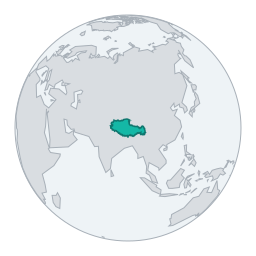 Xizang on an orthographic globe
{"feature_id": "CHN-1662", "entity_name": "Xizang", "entity_type": "Autonomous Region", "adm_level": 1, "iso_a3": "CHN", "parent_name": "China", "parent_adm1": "", "projection": "orthographic", "projection_center": [89.0, 31.884], "detail": "fine", "context": "on_globe", "style": "filled", "palette": "teal", "viewbox_px": 256, "rotation_deg": 0, "n_neighbors": 0, "source": "natural_earth", "source_scale": "10m", "svg_char_len": 15394}
<svg xmlns="http://www.w3.org/2000/svg" viewBox="0 0 256 256"><circle cx="128" cy="128" r="113" fill="#eef3f6" stroke="#a8b0b8"/><path d="M170.1,23.5L168.6,23.8L173.5,28.3L178.4,31.0L174.7,29.7L186.2,35.9L191.0,40.6L183.5,34.7L181.1,33.6L183.4,36.2L181.4,35.7L181.4,36.8L178.9,36.2L174.7,33.1L173.0,32.7L174.7,34.6L173.2,35.4L171.0,32.6L168.3,33.7L160.8,29.5L156.9,23.8L150.7,22.0L141.3,17.9L140.1,18.2L135.8,17.3L132.8,17.4L131.9,16.9L130.3,17.4L131.7,17.9L131.4,18.4L129.8,18.6L128.3,17.9L129.0,17.7L127.7,17.6L127.7,17.2L126.8,17.5L125.2,16.8L124.3,17.8L121.0,17.6L120.7,17.1L123.9,16.7L131.1,15.5L131.7,15.4L130.6,15.4L138.7,15.9L146.7,16.9L154.7,18.6L162.5,20.8L170.1,23.5ZM113.5,16.3L115.4,16.1L114.6,16.3L116.3,16.4L112.6,16.9L108.1,17.5L106.5,17.5L104.5,17.9L103.2,18.5L97.5,19.6L89.1,22.3L88.6,22.5L96.7,19.8L105.1,17.7L113.5,16.3ZM172.7,24.8L171.1,24.1L172.6,24.6L173.0,24.8L172.7,24.8ZM182.3,33.2L180.9,31.9L182.9,33.3L182.3,33.2ZM181.8,37.1L182.9,37.7L182.4,38.1L181.8,37.1ZM118.2,16.1L117.3,16.2L117.5,16.1L118.2,16.1ZM119.9,16.1L120.7,15.9L121.6,15.9L121.1,16.0L119.9,16.1ZM178.2,37.4L177.1,38.0L177.5,36.9L178.2,37.4ZM118.6,16.4L123.1,15.9L124.7,15.9L123.9,16.5L118.6,16.4ZM176.0,37.9L173.6,39.6L175.6,40.9L168.4,38.4L172.9,37.6L173.0,36.0L174.3,37.4L176.0,37.9ZM132.8,18.0L131.3,17.5L134.1,17.8L132.8,18.0ZM134.7,18.1L143.6,18.8L145.1,19.9L141.8,19.3L144.9,20.7L141.3,20.8L138.7,20.1L138.5,19.3L137.2,20.0L134.7,18.1ZM164.8,36.8L163.6,36.9L164.1,36.3L164.8,36.8ZM131.5,18.6L133.2,18.6L134.6,19.4L131.5,19.6L132.0,19.3L131.5,18.6ZM147.6,21.1L148.1,21.9L145.2,22.2L145.0,22.6L141.3,20.9L147.6,21.1ZM130.9,19.2L129.9,19.8L127.7,19.6L130.0,18.7L130.9,19.2ZM136.3,19.6L136.8,20.0L135.5,19.8L136.3,19.6ZM119.5,19.6L121.5,19.4L122.4,19.8L119.5,19.6ZM129.6,20.0L130.4,20.1L131.0,20.3L129.9,20.6L129.6,20.0ZM139.5,21.3L138.2,21.3L140.9,22.0L138.9,22.3L136.8,21.2L136.8,21.9L136.2,22.0L135.2,21.0L139.5,21.3ZM130.5,21.6L127.1,20.6L123.2,20.8L122.3,20.5L128.7,20.1L130.5,21.6ZM133.3,21.3L131.4,21.4L131.2,20.7L132.5,20.3L133.3,21.3ZM138.3,23.1L141.9,22.7L142.3,23.0L138.3,23.1ZM129.4,21.8L130.2,22.0L129.1,21.8L129.4,21.8ZM135.6,22.7L136.8,22.6L137.2,22.9L135.6,22.7ZM130.9,22.8L129.8,22.4L130.6,22.1L130.9,22.8ZM133.1,22.8L133.2,23.3L131.6,22.2L133.6,22.7L133.1,22.8ZM135.7,23.1L136.3,23.2L135.1,23.1L135.7,23.1ZM128.4,24.4L126.1,23.0L127.9,22.2L129.9,23.6L128.4,24.4ZM27.9,76.3L36.9,68.0L35.9,71.9L40.0,78.6L39.9,80.5L36.2,84.5L36.6,97.4L40.6,95.3L44.2,104.4L48.7,107.9L56.0,99.7L48.7,93.8L50.6,88.2L59.0,89.0L65.9,94.7L66.9,92.7L65.2,85.7L69.5,83.8L65.0,83.0L64.8,85.7L61.9,85.5L61.9,83.0L63.5,82.4L62.2,80.0L55.2,84.3L54.3,87.5L49.2,84.4L47.2,89.5L44.9,90.3L47.4,82.0L49.3,79.9L51.8,69.7L49.4,71.5L46.9,81.5L46.4,79.9L43.1,82.9L45.3,79.3L48.7,68.4L45.9,65.8L37.7,69.9L37.1,68.2L38.7,64.1L46.5,56.4L47.0,61.2L49.8,59.0L53.8,53.7L53.6,55.8L55.3,54.3L55.8,56.2L60.7,55.1L61.9,56.7L67.7,53.0L69.1,53.5L65.3,55.4L63.2,57.8L66.7,62.4L68.5,62.3L72.0,59.7L72.5,61.5L75.4,58.4L79.3,60.1L77.0,55.6L81.1,52.9L85.5,52.4L86.5,50.8L79.2,51.8L76.7,52.9L75.1,55.1L67.9,58.2L65.9,57.5L71.9,51.6L69.7,50.0L75.4,46.5L91.5,45.3L96.3,46.8L95.9,54.9L92.6,56.0L91.0,53.5L88.9,58.3L90.8,56.7L91.2,58.3L95.2,56.5L95.7,57.6L98.6,54.2L99.7,55.4L97.8,57.5L104.5,56.3L107.8,58.4L109.0,57.6L109.5,56.2L113.3,60.1L114.1,59.3L113.1,57.8L114.1,55.4L117.3,52.9L118.4,54.4L117.4,55.5L117.0,60.2L114.2,63.2L115.0,63.5L117.7,61.3L118.2,55.5L119.8,53.6L120.0,56.2L120.1,55.1L121.2,54.7L123.4,55.6L123.3,52.8L134.4,46.8L139.7,48.4L138.7,51.2L147.6,49.5L152.9,52.2L152.1,50.6L155.7,49.2L154.1,48.3L154.0,47.5L162.7,44.3L165.6,44.9L168.4,42.4L167.9,41.7L165.9,41.1L168.4,38.4L175.6,40.9L176.3,42.3L180.4,43.2L181.3,46.4L183.9,49.8L182.5,53.2L184.7,55.8L186.0,55.9L190.0,59.7L193.6,67.8L184.8,60.8L178.3,50.0L180.4,54.2L178.2,53.2L177.8,54.8L179.5,57.9L180.8,58.3L174.4,64.3L174.9,73.7L179.1,72.4L182.6,74.6L186.9,85.7L181.9,102.6L186.5,107.0L187.4,110.3L184.6,112.9L183.3,108.1L179.7,107.0L179.4,104.1L174.5,107.2L173.9,103.2L170.4,107.8L172.6,110.8L177.2,109.3L174.4,115.5L180.1,120.3L181.6,126.9L175.0,139.9L166.9,144.5L166.6,146.7L163.0,144.7L158.8,149.3L166.1,160.1L166.1,163.3L159.0,170.2L158.7,167.8L149.1,162.6L147.7,170.4L155.1,176.3L157.6,183.2L152.1,181.4L149.5,175.2L146.1,173.2L146.7,166.5L143.3,156.5L137.8,158.5L137.9,154.4L132.4,145.8L124.3,148.3L111.7,158.4L110.4,168.6L105.8,172.5L99.1,156.8L98.4,146.3L94.6,146.6L88.9,136.5L74.8,132.1L74.1,129.0L71.2,129.4L67.4,125.0L66.9,120.0L64.0,119.1L65.8,132.4L69.0,133.4L73.6,130.4L73.3,134.7L77.2,139.7L68.3,146.9L49.6,147.8L50.0,139.7L47.2,113.6L48.5,111.6L48.6,111.3L48.7,110.8L46.2,113.8L46.5,108.8L45.6,126.0L44.4,132.6L49.3,148.1L48.3,148.8L50.5,152.5L60.3,154.0L59.9,156.4L53.9,165.6L42.3,174.1L45.1,184.6L46.4,192.1L42.0,193.1L45.3,199.4L43.5,199.2L45.3,202.2L45.4,203.7L44.6,203.6L43.3,202.3L36.9,194.3L31.3,185.8L26.5,176.8L22.7,167.9L21.4,162.6L20.0,156.7L17.0,140.0L17.5,134.0L17.3,129.8L16.5,128.0L16.5,123.0L16.3,121.4L16.0,116.3L17.2,108.0L18.9,99.8L21.4,91.8L24.3,83.9L27.9,76.3ZM30.2,74.9L29.1,76.6L30.2,74.9ZM70.9,105.9L76.4,109.0L77.8,101.8L80.1,102.5L79.7,99.9L77.9,101.2L77.6,94.5L81.4,94.0L82.8,91.2L81.0,90.0L74.0,92.2L74.4,101.7L71.4,103.5L70.9,105.9ZM64.0,45.6L62.9,47.3L60.7,48.3L59.2,47.1L62.4,45.4L64.0,45.6ZM61.8,49.4L68.2,44.4L69.4,45.2L67.7,45.6L67.8,46.6L65.0,47.5L59.9,53.6L57.6,55.0L56.1,51.4L57.8,51.7L58.8,49.9L61.8,49.4ZM82.5,32.6L85.3,31.2L84.3,34.8L81.8,35.8L80.1,34.4L82.1,32.4L82.5,32.6ZM116.2,17.7L117.4,17.4L117.8,17.5L117.1,17.9L116.2,17.7ZM120.4,19.5L111.7,19.3L112.6,18.9L106.4,19.6L106.3,18.9L110.3,18.4L105.6,18.6L109.2,17.9L105.7,18.2L114.6,17.1L117.6,16.7L114.3,17.4L114.3,18.0L115.2,18.1L120.0,18.3L126.5,18.0L127.5,18.8L126.6,19.4L125.2,19.6L124.9,19.0L123.2,19.7L121.8,19.0L120.4,19.5ZM114.6,30.6L114.9,29.1L111.3,31.7L109.8,30.4L109.5,30.8L107.2,30.5L103.8,30.8L103.6,30.1L102.4,30.5L100.8,30.4L99.1,30.8L98.1,29.8L95.9,30.3L96.7,29.6L93.1,30.8L95.4,29.5L93.6,29.4L92.3,30.7L91.5,25.5L89.5,24.8L86.5,25.1L90.8,23.2L96.3,21.9L101.7,21.4L103.1,22.6L104.8,21.6L105.9,22.0L104.1,22.6L107.6,21.9L108.1,22.4L112.9,22.8L117.6,21.9L119.5,22.2L117.9,22.8L120.9,22.7L119.1,24.1L120.5,24.4L120.0,26.2L116.2,27.4L117.9,27.7L117.7,29.3L114.6,30.6ZM128.2,24.9L123.9,26.4L121.0,26.5L122.9,23.3L122.0,22.9L123.1,21.1L127.3,21.1L126.6,21.6L126.9,22.0L125.4,21.8L126.8,22.3L125.9,23.1L126.6,23.7L125.0,23.9L128.2,24.9ZM41.9,79.9L42.2,81.0L43.2,82.1L41.1,84.2L41.9,79.9ZM44.0,72.5L44.6,72.9L42.2,76.1L41.9,75.1L44.0,72.5ZM47.0,70.6L44.8,72.7L45.8,71.0L47.0,70.6ZM66.0,55.8L66.9,56.3L66.2,57.0L64.8,57.6L66.0,55.8ZM103.6,39.1L104.2,38.0L105.0,38.0L108.2,36.0L109.5,37.0L108.1,38.5L103.6,39.1ZM53.6,100.3L51.1,101.1L50.9,99.7L51.8,99.7L53.6,100.3ZM44.9,92.4L45.9,95.4L44.3,92.9L44.9,92.4ZM105.5,39.8L106.7,38.9L106.6,39.9L105.5,39.8ZM110.6,37.6L110.9,38.7L110.0,36.9L110.6,37.6ZM102.5,236.7L104.6,237.4L102.8,237.1L102.5,236.7ZM60.3,198.0L59.8,208.5L55.9,206.6L53.2,202.4L52.1,195.4L56.1,195.4L57.5,192.7L60.3,198.0ZM183.5,194.7L186.4,194.4L186.3,194.8L183.5,194.7ZM180.5,194.0L183.9,193.3L179.8,195.0L180.5,194.0ZM185.2,193.1L188.7,191.4L190.2,190.4L189.9,191.3L185.2,193.1ZM178.1,194.5L164.8,196.6L159.5,196.1L160.9,194.4L169.5,193.7L178.1,194.5ZM160.4,194.4L152.2,190.7L140.3,177.7L144.6,177.9L156.8,185.3L156.1,186.8L161.1,189.9L160.4,194.4ZM180.1,183.2L179.3,187.5L172.1,188.4L168.7,188.3L166.4,183.2L167.7,180.3L170.5,180.0L180.7,168.5L184.4,170.2L181.3,174.9L184.3,178.0L180.1,183.2ZM110.9,169.6L113.7,175.8L111.1,176.6L110.9,169.6ZM184.5,160.8L180.6,166.0L184.1,159.4L184.5,160.8ZM186.3,154.8L186.8,157.0L184.9,155.2L186.3,154.8ZM166.8,149.9L163.9,150.8L163.7,149.1L167.3,147.1L166.8,149.9ZM182.7,132.5L183.3,137.4L183.0,139.1L181.3,136.5L182.7,132.5ZM118.5,48.3L112.5,49.8L109.1,51.9L108.6,54.5L106.8,51.6L112.1,48.4L118.5,48.3ZM132.3,46.7L132.7,44.7L134.2,45.4L134.3,45.9L132.3,46.7ZM131.3,45.7L128.7,43.7L130.1,42.5L131.9,44.2L131.3,45.7ZM116.9,41.2L115.1,41.5L115.2,40.6L116.9,41.2ZM197.8,216.4L198.6,215.8L199.9,214.7L197.8,216.4ZM192.7,215.5L172.7,225.5L168.9,226.0L171.0,223.9L169.7,218.8L171.0,218.6L171.6,214.5L184.0,207.8L193.2,197.8L198.8,196.3L203.9,188.9L209.3,187.0L206.9,192.3L211.6,192.6L217.0,180.5L217.7,189.4L219.7,190.5L217.7,195.6L206.2,209.0L201.6,213.2L199.6,214.8L197.6,216.0L198.4,214.1L196.2,215.8L199.2,212.8L195.6,216.0L195.4,214.8L192.7,215.5ZM229.9,176.0L230.2,175.3L230.4,174.9L230.4,175.0L229.9,176.0ZM234.1,165.9L234.0,166.1L233.8,166.7L234.1,165.9ZM234.0,165.9L234.5,164.5L234.2,165.6L234.0,165.9ZM233.6,163.3L234.0,162.4L234.0,162.7L233.6,163.3ZM190.7,193.3L195.0,189.1L197.1,188.1L190.7,193.3ZM233.5,162.7L232.8,163.5L232.9,162.8L233.5,162.7ZM233.7,161.2L233.7,160.4L233.9,161.9L233.7,161.2ZM232.6,161.0L233.3,161.4L232.4,161.3L232.6,161.0ZM232.0,161.8L231.3,161.9L231.4,161.6L232.0,161.8ZM222.8,170.5L225.5,173.3L223.0,175.1L220.3,173.9L217.5,178.3L211.6,180.9L213.2,178.4L212.5,175.9L206.0,177.6L204.7,176.2L207.2,174.0L202.7,174.1L207.6,171.4L209.5,174.5L212.2,170.3L216.7,168.9L220.7,168.0L223.7,168.9L222.8,170.5ZM207.3,180.0L208.2,179.6L207.4,181.1L207.3,180.0ZM230.1,161.1L231.0,162.0L230.9,162.6L230.4,162.8L230.1,161.1ZM224.4,167.8L227.7,162.3L228.4,161.8L226.1,167.0L224.4,167.8ZM227.0,160.8L228.4,160.2L229.0,161.4L228.7,162.1L227.0,160.8ZM197.2,180.0L197.0,181.2L195.7,180.8L197.2,180.0ZM199.0,178.8L203.0,178.7L198.6,179.9L199.0,178.8ZM186.3,178.5L187.6,180.8L191.5,178.2L188.5,181.3L191.1,184.9L190.1,186.7L187.6,182.8L186.5,187.7L184.7,188.1L183.9,184.3L185.7,178.8L187.5,176.3L194.6,173.6L186.3,178.5ZM199.0,175.7L198.0,172.9L198.7,170.6L199.9,171.9L199.0,175.7ZM194.5,166.4L191.4,163.5L188.7,165.6L193.9,159.0L196.1,162.8L194.5,166.4ZM191.5,158.9L189.1,160.8L191.5,157.1L191.5,158.9ZM188.3,159.7L187.8,157.2L189.9,157.0L188.3,159.7ZM192.9,158.7L193.0,154.1L194.2,156.4L192.9,158.7ZM186.4,151.5L191.2,154.8L185.4,154.3L184.2,145.6L186.6,144.9L186.4,151.5ZM193.9,112.3L192.7,109.9L194.6,108.7L194.9,110.7L193.9,112.3ZM199.8,103.4L194.8,107.7L190.6,111.4L192.3,112.1L192.2,116.8L189.0,113.4L191.3,107.6L194.7,105.6L194.3,101.9L196.2,98.6L194.4,94.3L194.9,92.0L197.6,95.4L199.8,103.4ZM193.4,92.6L191.0,84.8L195.0,84.7L196.4,86.3L195.9,89.9L193.8,89.7L193.4,92.6ZM191.5,83.0L189.5,82.8L181.5,72.9L180.9,70.8L189.0,77.9L187.5,78.2L188.8,80.8L191.5,83.0ZM164.5,37.6L163.7,37.0L165.0,37.3L164.5,37.6ZM153.0,47.1L153.0,46.1L154.5,46.4L153.0,47.1ZM153.9,43.5L152.2,43.8L153.5,42.8L153.9,43.5ZM148.5,44.8L151.3,43.7L149.3,45.6L148.5,44.8Z" fill="#d9dde1" stroke="#a8b0b8" stroke-width="1"/><path d="M111.8,124.5L111.4,124.1L111.3,123.9L111.4,123.6L111.3,123.1L111.4,122.9L111.8,122.7L111.8,122.4L112.2,122.3L112.4,122.3L112.6,122.2L113.0,122.4L113.4,121.9L113.4,121.4L113.6,121.3L113.6,121.1L113.9,120.8L114.1,120.5L114.1,120.3L114.4,120.5L115.0,120.7L115.2,120.8L115.3,120.8L115.3,120.7L115.5,120.8L115.9,120.8L116.2,121.0L116.8,120.9L116.9,120.7L117.3,120.5L117.3,120.3L117.5,120.2L118.0,120.3L118.2,120.2L118.4,120.3L118.4,120.6L118.6,120.8L118.8,120.8L119.4,121.0L119.8,120.9L120.0,120.9L120.3,121.0L120.9,120.6L121.3,120.6L121.5,120.4L121.9,120.3L122.1,120.3L122.3,120.3L122.5,120.4L122.5,120.5L122.8,120.3L123.1,120.3L123.4,120.1L123.6,119.6L123.9,119.5L124.0,119.4L124.3,119.4L124.5,119.4L125.1,119.3L125.4,119.2L125.7,119.2L126.2,119.2L126.4,119.1L126.9,119.0L127.1,119.0L127.5,119.2L128.0,119.4L128.4,119.4L129.1,119.8L128.8,119.8L128.7,119.9L128.8,120.2L129.3,120.3L129.1,120.9L129.2,121.0L128.8,121.2L128.7,121.4L128.9,121.7L128.9,122.0L129.3,122.0L129.2,122.4L129.3,122.7L129.3,123.0L129.3,123.4L129.1,123.6L129.2,124.0L129.4,124.2L129.5,124.3L129.6,124.6L129.9,124.7L130.0,124.8L130.0,125.0L130.3,125.2L130.6,125.4L130.9,125.5L131.0,125.5L131.2,125.3L131.5,125.3L131.6,125.1L131.9,125.1L132.2,125.6L132.5,125.8L132.9,126.0L133.1,126.0L133.3,126.0L133.6,126.2L134.0,126.2L134.4,126.2L134.6,126.2L134.7,126.4L134.9,126.3L135.2,126.5L135.4,126.5L135.6,126.5L135.8,126.5L136.0,126.6L136.5,126.6L136.8,126.5L136.9,126.3L137.3,126.2L137.5,126.5L137.8,126.6L137.9,126.9L138.1,127.0L138.4,127.0L138.5,127.1L138.7,127.4L138.6,127.5L138.7,127.8L138.8,127.9L139.1,127.9L139.3,128.0L139.8,127.9L139.9,128.0L140.0,128.3L140.1,128.2L140.0,127.9L139.9,127.8L140.0,127.6L140.4,127.8L140.9,127.9L141.0,127.8L140.9,127.7L141.0,127.5L140.9,127.4L141.3,127.2L141.5,127.2L141.7,126.9L141.9,126.7L141.8,126.4L142.2,126.3L142.3,126.3L142.4,126.1L142.9,126.2L143.2,126.4L143.3,126.6L143.7,127.1L143.7,127.5L143.9,127.7L144.0,127.9L144.5,128.3L144.3,128.5L144.1,128.4L144.1,128.7L144.2,128.8L144.4,129.0L144.7,129.5L144.8,130.0L144.9,130.6L145.0,130.8L145.0,131.1L145.0,131.3L145.0,131.6L145.1,131.8L145.2,132.3L145.3,132.4L145.0,132.5L145.1,132.8L145.0,133.0L144.9,133.3L144.7,132.9L144.5,133.0L144.6,133.4L144.5,133.6L144.6,134.0L144.5,134.3L144.3,134.5L144.0,134.2L144.0,134.5L143.7,134.7L143.3,134.3L143.1,134.3L143.0,134.1L142.9,134.0L142.7,134.0L142.6,134.3L142.6,134.5L142.4,134.7L142.0,134.4L141.7,134.5L141.3,134.3L141.0,134.3L140.7,134.5L140.6,134.4L140.9,133.9L141.1,133.8L141.0,133.7L140.8,133.2L140.6,133.2L140.4,133.4L140.3,133.0L140.5,132.9L140.6,132.7L140.4,132.8L140.3,132.7L140.2,132.5L139.7,132.7L139.5,132.9L139.2,132.8L139.2,133.1L138.9,133.3L138.7,133.2L138.3,133.1L137.9,133.1L137.8,132.9L137.6,132.8L137.4,133.0L137.2,133.0L137.0,133.3L137.0,133.6L136.9,133.6L136.6,133.8L136.5,134.1L136.4,134.1L135.7,134.2L135.4,134.3L135.4,134.5L135.2,134.6L135.3,134.7L135.3,134.8L134.9,134.9L134.6,135.2L134.4,135.3L134.5,135.5L134.4,135.7L134.2,135.8L133.9,135.8L133.7,136.0L133.6,135.8L133.3,136.0L133.2,136.0L132.9,135.9L132.7,136.0L132.7,135.9L132.6,135.7L132.2,135.6L132.0,135.4L131.8,135.5L131.6,135.7L131.3,135.5L130.9,135.4L130.6,135.5L130.6,135.4L130.8,135.2L130.7,135.2L130.4,135.0L130.2,135.1L130.1,134.9L130.0,135.0L129.9,134.9L129.6,135.0L129.3,135.3L129.0,135.4L128.8,135.6L128.6,135.9L128.4,136.0L128.2,136.4L128.0,136.6L127.9,136.7L128.0,136.9L128.0,137.0L127.8,137.0L127.6,136.7L127.7,136.3L127.7,135.9L127.7,135.6L127.3,135.4L126.9,135.7L126.5,135.7L126.4,135.8L126.5,135.9L126.0,135.8L125.8,136.0L125.5,136.0L125.4,135.9L125.2,136.0L125.2,135.9L125.0,136.0L124.8,135.9L124.5,135.7L124.4,135.7L124.1,135.5L124.1,135.4L123.9,135.4L123.7,135.7L123.5,135.8L123.1,135.6L123.1,135.4L122.9,135.4L123.0,135.7L122.9,135.8L122.6,135.3L122.3,135.1L122.3,134.9L122.1,135.0L121.8,134.9L121.7,135.0L121.2,134.9L121.2,134.7L121.4,134.5L121.4,134.3L121.2,134.3L120.8,134.4L120.5,134.3L120.6,134.2L120.4,134.1L120.2,134.0L120.0,133.8L119.8,133.7L119.8,133.4L119.7,133.4L119.7,133.2L119.3,132.9L118.9,133.0L118.6,133.1L118.6,132.9L118.4,132.7L118.2,132.5L118.2,132.3L118.1,132.2L117.9,132.2L117.9,132.3L117.7,132.1L117.3,131.8L117.3,131.7L117.1,131.7L116.7,131.3L116.4,131.2L116.3,130.9L116.3,130.7L115.8,130.6L115.5,130.5L115.4,130.5L115.1,130.5L115.0,130.9L114.9,131.0L114.6,131.2L114.4,130.7L114.1,130.5L114.0,130.4L113.8,130.2L113.7,130.2L113.3,130.0L113.1,130.0L113.2,129.9L113.2,129.7L112.6,129.2L112.2,129.2L111.9,129.0L111.9,128.8L111.7,128.5L111.7,128.4L111.5,128.1L111.4,128.1L111.2,128.4L110.9,128.3L110.9,128.1L110.8,127.9L111.0,127.7L110.9,127.6L110.8,127.4L111.0,127.0L110.8,126.9L110.7,126.5L110.6,126.1L110.5,125.8L110.9,125.8L111.1,125.7L111.1,126.1L111.4,126.3L111.6,126.3L111.7,126.1L112.0,126.0L112.0,125.9L112.2,126.0L112.6,125.7L112.3,125.2L112.1,125.1L112.2,124.9L112.3,124.8L112.4,124.6L111.8,124.5Z" fill="#14b8a6" stroke="#0f766e" stroke-width="1.5"/></svg>